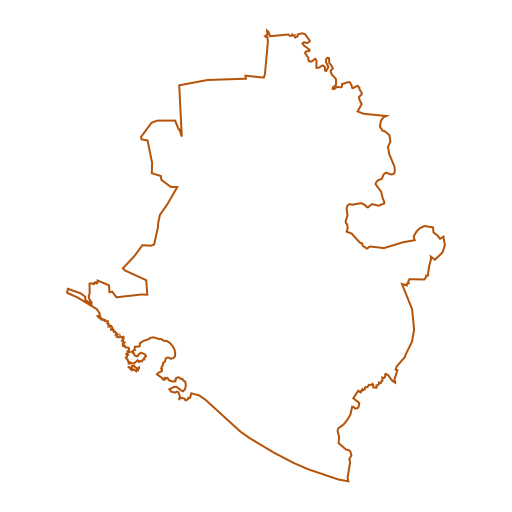 Acapulco de Juárez, Guerrero, Mexico
{"feature_id": "50627088B85761395013038", "entity_name": "Acapulco de Juárez", "entity_type": "district", "adm_level": 2, "iso_a3": "MEX", "parent_name": "Mexico", "parent_adm1": "Guerrero", "projection": "robinson", "projection_center": [-99.858, 16.959], "detail": "fine", "context": "isolated", "style": "outline", "palette": "amber", "viewbox_px": 512, "rotation_deg": 0, "n_neighbors": 0, "source": "geoboundaries", "source_scale": "gbopen_adm2", "svg_char_len": 6018}
<svg xmlns="http://www.w3.org/2000/svg" viewBox="0 0 512 512"><path d="M207.5,80.0L179.2,85.3L181.8,136.6L179.4,129.4L178.7,129.4L175.1,120.6L157.2,120.6L151.5,122.8L141.0,137.0L141.6,139.4L147.6,140.5L152.1,162.9L151.8,173.2L160.8,176.0L161.4,179.9L170.9,186.9L177.3,187.1L167.2,204.5L159.9,214.9L158.1,223.6L158.0,227.0L154.1,244.6L150.9,245.7L142.4,245.2L134.4,256.1L122.9,268.3L125.0,270.5L146.2,280.2L147.3,294.7L141.6,294.5L116.4,297.3L112.3,291.7L109.5,292.3L108.9,285.3L97.6,280.5L97.4,282.9L95.9,282.5L95.9,283.3L94.4,282.7L93.8,284.1L91.6,283.3L89.5,283.7L89.7,293.3L88.8,295.9L89.2,298.9L91.5,302.3L91.5,303.8L85.4,300.2L85.2,296.7L80.7,293.4L67.9,288.8L67.1,292.8L77.6,297.5L96.7,309.1L99.7,313.5L99.7,315.2L99.0,315.5L99.6,315.6L99.3,316.2L99.8,316.6L99.3,316.8L99.8,317.2L98.7,317.3L101.2,319.3L102.3,319.1L102.2,319.8L103.2,319.6L104.3,320.5L104.5,319.9L104.8,319.8L106.3,321.4L107.8,321.2L108.0,322.9L107.5,323.4L108.5,324.0L108.3,325.0L109.3,325.4L108.9,326.2L110.5,325.6L110.9,325.8L110.6,326.5L111.4,326.2L112.3,327.6L112.5,328.7L111.2,329.0L111.1,329.7L112.1,329.4L112.6,330.0L112.5,329.1L113.4,329.5L114.1,332.0L115.3,331.8L115.9,333.5L116.5,333.2L117.1,334.4L116.7,334.7L117.3,334.7L116.6,335.1L117.1,335.3L116.6,336.7L118.8,337.4L120.1,336.1L121.2,337.3L123.2,336.7L123.7,337.2L123.7,338.0L123.0,338.3L123.2,339.3L122.5,339.5L122.1,340.6L123.1,340.4L123.0,341.2L122.2,341.2L124.6,342.5L122.9,343.8L123.9,345.0L122.9,345.2L123.0,345.9L124.1,345.7L124.2,346.3L125.2,346.5L125.3,347.3L128.7,347.8L129.2,348.5L128.9,349.9L127.7,351.1L129.7,352.0L126.5,353.6L126.4,354.2L127.9,355.1L126.9,355.9L127.0,356.9L125.8,357.6L127.1,359.5L127.7,359.6L128.3,361.9L129.8,362.2L129.0,363.6L129.9,363.6L130.0,363.1L134.1,363.4L137.6,360.3L138.2,361.1L138.4,360.6L138.3,361.3L139.1,362.0L139.6,361.6L139.3,361.0L142.0,361.3L143.0,359.5L144.4,359.4L144.3,357.6L145.9,356.5L145.9,355.5L144.1,353.9L141.0,352.7L138.7,354.4L137.5,356.3L136.7,356.3L134.6,355.3L133.6,352.9L132.5,352.8L132.2,351.3L135.1,349.9L134.4,348.9L134.9,346.7L139.8,346.5L138.9,346.4L139.8,345.9L139.8,343.3L143.3,341.0L149.1,339.0L150.1,337.9L153.5,337.3L159.6,339.2L161.0,339.0L164.1,340.9L166.8,340.9L170.2,343.3L172.7,346.2L174.6,349.8L175.2,353.0L175.0,356.2L173.5,358.0L170.8,358.8L168.9,357.6L166.6,357.7L165.6,358.9L164.9,361.7L162.9,363.2L163.1,365.0L161.5,367.2L161.9,368.5L161.2,368.9L162.0,370.2L161.8,371.2L158.7,372.6L156.9,374.3L161.9,377.8L162.9,379.4L164.3,379.8L165.0,379.4L164.1,378.7L164.8,377.8L167.5,377.9L169.0,380.3L172.2,381.4L175.0,381.5L175.5,381.1L175.3,379.8L176.0,379.1L175.9,378.2L178.5,377.2L181.1,379.0L182.3,378.9L183.5,380.7L185.2,381.6L185.8,384.3L185.6,387.0L185.0,389.1L183.2,391.2L182.5,391.3L176.5,386.9L174.1,386.9L169.4,389.3L171.2,391.7L175.5,392.6L176.6,391.7L178.4,392.1L180.1,397.3L180.0,398.0L179.1,398.5L179.4,399.1L180.4,398.1L182.9,398.1L184.9,398.9L185.4,400.3L186.5,400.2L188.2,399.0L188.3,397.8L190.1,397.8L191.3,393.3L199.2,395.4L205.5,399.8L240.4,431.6L249.4,438.0L273.8,452.6L293.5,462.9L307.7,469.1L338.4,479.5L348.3,481.3L347.6,477.5L350.1,462.3L349.3,458.9L351.4,455.5L350.4,451.5L348.7,450.1L346.0,449.5L338.6,443.1L339.1,437.1L337.6,431.1L338.2,428.4L343.6,424.5L347.4,419.7L350.3,414.9L352.2,406.6L353.7,407.0L355.1,408.6L357.7,408.1L358.5,407.0L359.3,403.0L353.3,398.3L358.2,390.7L359.3,391.6L360.3,391.3L359.9,392.0L360.7,392.4L362.3,389.3L363.0,390.3L364.8,389.2L364.8,388.0L365.8,387.0L366.5,387.3L368.1,386.5L368.7,384.8L371.8,384.9L372.4,383.9L373.0,384.6L373.4,387.5L376.6,387.6L376.5,385.3L377.9,385.2L379.3,383.6L379.0,382.6L380.8,383.0L381.5,381.1L382.4,380.8L382.3,377.6L383.3,378.2L384.9,377.4L385.3,375.3L386.0,375.0L385.2,374.5L385.6,373.9L387.9,374.9L392.2,380.8L395.2,382.7L395.2,381.5L394.1,380.6L397.4,370.1L395.6,369.5L396.7,366.4L405.0,356.9L405.3,355.2L412.0,341.7L414.1,329.5L412.1,309.2L402.0,284.0L406.8,285.4L406.8,283.6L408.8,283.3L408.3,281.5L409.4,279.2L424.2,279.5L425.9,277.3L426.2,275.6L427.8,275.7L429.0,267.1L431.1,258.7L430.8,256.6L434.9,259.7L442.5,252.5L444.9,245.2L443.4,236.6L440.1,238.8L436.9,235.0L433.5,232.5L433.0,227.4L424.4,226.0L419.7,228.3L416.7,231.3L413.7,236.3L414.7,240.2L403.2,242.2L383.9,248.1L370.0,246.5L366.9,248.6L362.8,245.9L362.1,243.3L361.0,243.3L359.1,241.8L351.6,233.5L346.6,231.7L347.7,227.9L347.2,224.5L345.8,222.8L345.6,221.3L347.5,215.5L346.6,208.7L347.5,205.6L348.7,204.5L350.1,204.1L352.0,204.8L361.2,203.1L365.1,205.1L366.8,207.1L367.9,207.4L371.9,204.1L378.5,205.7L384.2,203.5L384.3,202.0L382.8,198.6L381.2,191.8L375.7,184.4L375.8,182.8L378.0,180.3L381.8,178.9L383.4,174.9L384.8,173.4L386.3,172.7L390.5,174.4L392.6,174.3L394.4,173.0L394.8,170.6L394.4,166.4L389.2,154.0L388.0,146.7L390.4,141.7L389.4,135.1L384.9,131.3L382.4,130.6L379.9,126.5L380.8,121.4L382.1,119.0L384.0,117.0L386.3,116.0L363.7,113.8L357.6,111.4L361.7,104.1L359.6,100.1L358.9,97.0L361.7,94.4L361.8,93.3L359.4,89.0L359.4,87.6L357.5,85.8L352.7,88.2L352.0,87.7L351.8,86.1L350.0,82.4L348.6,82.1L342.1,84.0L341.9,86.6L341.1,87.3L337.0,87.0L334.0,89.1L332.7,88.9L332.9,87.4L335.9,85.1L336.1,80.1L335.7,78.7L332.2,75.0L330.7,72.1L330.7,70.5L332.8,68.7L331.7,65.9L329.3,63.0L329.0,58.1L327.3,57.8L326.1,59.3L326.0,62.0L328.4,67.0L326.2,71.0L325.1,70.6L324.8,66.9L322.9,65.4L318.7,67.7L316.4,67.8L316.5,60.7L315.3,58.8L311.5,61.6L309.0,61.2L308.2,59.3L308.4,58.0L305.0,53.0L305.9,51.5L309.5,50.9L309.4,49.6L303.8,45.4L302.5,43.3L304.2,42.2L307.0,43.1L309.2,41.9L309.8,40.8L305.1,34.2L302.1,33.3L297.8,34.4L297.5,36.2L295.4,37.6L294.0,35.7L294.3,35.3L292.4,35.4L292.1,34.7L291.6,35.7L289.9,35.9L288.4,34.5L270.1,36.2L268.5,32.0L267.1,30.7L267.4,34.6L265.0,36.1L265.9,37.0L267.5,37.2L267.9,42.0L264.9,74.4L263.8,77.6L245.5,75.7L245.9,78.7L207.5,80.0ZM134.1,365.8L131.9,366.0L131.6,367.8L127.7,366.9L129.7,367.5L129.9,368.5L130.4,369.2L131.4,369.1L131.6,370.0L132.6,369.3L132.8,370.1L134.3,369.7L136.3,371.3L136.8,370.2L137.9,370.3L137.8,369.4L138.9,368.6L139.0,367.5L137.0,368.5L134.1,366.4L134.1,365.8Z" fill="none" stroke="#b45309" stroke-width="2"/></svg>